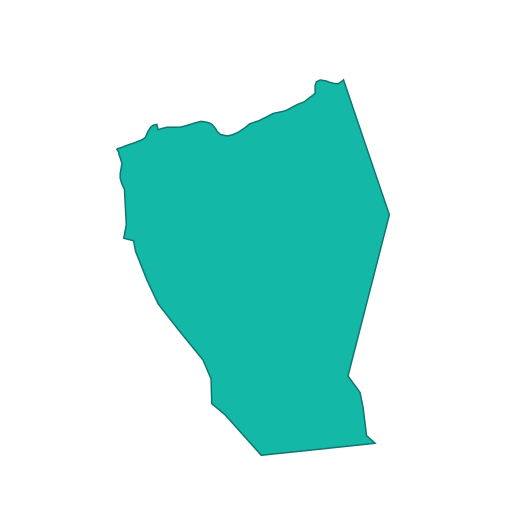 Savannes George/Constitution Park, Choiseul, Saint Lucia, rotated 104°
{"feature_id": "8701671B67888908023489", "entity_name": "Savannes George/Constitution Park", "entity_type": "district", "adm_level": 2, "iso_a3": "LCA", "parent_name": "Saint Lucia", "parent_adm1": "Choiseul", "projection": "mercator", "projection_center": [-61.052, 13.779], "detail": "fine", "context": "isolated", "style": "filled", "palette": "teal", "viewbox_px": 512, "rotation_deg": 104, "n_neighbors": 0, "source": "geoboundaries", "source_scale": "gbopen_adm2", "svg_char_len": 1197}
<svg xmlns="http://www.w3.org/2000/svg" viewBox="0 0 512 512"><g transform="rotate(104 256 256)"><path d="M409.7,97.3L408.9,95.2L403.5,105.3L377.4,115.3L363.2,122.1L350.2,137.7L185.2,136.6L183.7,136.6L113.4,181.9L63.9,213.7L65.3,214.6L68.9,217.8L69.7,221.8L69.6,227.0L69.2,230.2L69.6,236.2L72.4,239.5L76.3,239.9L81.1,238.7L83.1,237.9L85.5,239.1L89.8,242.7L94.6,246.3L98.9,252.4L108.1,262.8L113.6,273.9L123.9,285.7L127.0,290.6L129.4,294.3L133.2,296.9L140.1,303.0L144.3,308.5L146.3,312.6L146.6,315.9L146.6,320.1L144.4,324.1L142.4,325.8L139.1,330.2L138.3,332.8L138.1,335.7L138.3,339.4L138.7,342.1L141.9,347.9L146.1,354.7L149.4,360.8L150.7,365.9L152.5,373.3L155.1,378.3L157.2,381.6L153.9,383.2L152.3,384.1L153.9,387.3L156.3,389.3L161.4,391.0L165.1,391.6L168.3,392.3L172.0,396.2L172.9,397.8L175.2,400.8L179.3,407.2L184.1,414.1L185.3,416.3L186.2,416.8L188.1,414.6L191.0,413.3L193.7,411.4L196.0,410.1L198.6,408.4L200.9,408.3L208.3,407.8L213.1,406.7L217.2,404.4L220.0,402.4L223.1,399.8L257.0,389.4L270.8,388.6L270.8,378.5L280.6,374.0L305.6,356.1L326.2,339.3L348.0,311.3L369.8,282.2L386.1,269.9L410.0,263.2L417.6,247.5L448.1,202.7L409.7,97.3Z" fill="#14b8a6" stroke="#0f766e" stroke-width="1.5"/></g></svg>